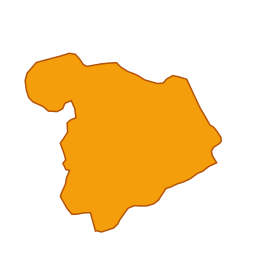 outline of Hwacheon-gun, Gangwon, South Korea, rotated 72°
{"feature_id": "91817680B86395324328742", "entity_name": "Hwacheon-gun", "entity_type": "district", "adm_level": 2, "iso_a3": "KOR", "parent_name": "South Korea", "parent_adm1": "Gangwon", "projection": "natural_earth1", "projection_center": [127.693, 38.168], "detail": "fine", "context": "isolated", "style": "filled", "palette": "amber", "viewbox_px": 256, "rotation_deg": 72, "n_neighbors": 0, "source": "geoboundaries", "source_scale": "gbopen_adm2", "svg_char_len": 1232}
<svg xmlns="http://www.w3.org/2000/svg" viewBox="0 0 256 256"><g transform="rotate(72 128 128)"><path d="M188.5,54.4L180.0,56.4L175.5,55.7L172.8,52.5L170.9,45.7L169.4,43.4L165.6,42.5L158.4,44.5L153.7,46.4L150.3,49.2L145.7,50.1L140.3,51.2L131.5,53.2L114.9,55.3L99.8,57.1L94.7,64.4L92.0,69.3L93.4,76.1L96.1,80.7L94.7,86.5L91.0,92.0L87.3,97.4L82.2,101.5L78.6,105.1L74.4,110.5L67.9,116.0L62.4,118.7L60.5,125.5L58.7,134.1L56.8,147.7L54.0,150.9L47.5,152.7L41.5,155.4L38.8,160.8L38.8,162.6L38.7,169.9L37.3,194.9L42.0,202.6L44.7,207.1L51.2,211.2L60.9,213.0L68.3,213.0L73.3,210.6L73.9,210.3L81.3,202.1L87.3,198.5L90.5,190.3L89.6,184.4L85.0,180.3L84.5,173.5L93.3,172.6L102.1,174.4L102.6,180.3L104.4,184.4L113.2,186.7L117.8,192.1L121.5,197.1L132.6,196.7L139.1,197.1L141.4,200.8L148.4,199.9L150.2,196.7L156.7,202.1L162.2,204.9L169.6,211.7L172.4,213.5L185.8,210.8L192.8,208.0L194.2,203.0L195.1,196.2L196.9,189.9L216.0,190.8L215.9,189.9L218.7,185.3L218.7,178.5L218.7,172.6L216.3,167.6L212.6,164.0L204.3,152.7L203.8,145.9L206.1,140.0L208.0,133.6L208.0,126.8L206.1,121.4L203.4,118.2L197.3,110.5L197.3,105.5L196.4,99.2L196.4,91.5L195.5,84.7L192.7,76.1L192.2,70.3L189.5,63.0L188.5,54.4Z" fill="#f59e0b" stroke="#b45309" stroke-width="1.5"/></g></svg>